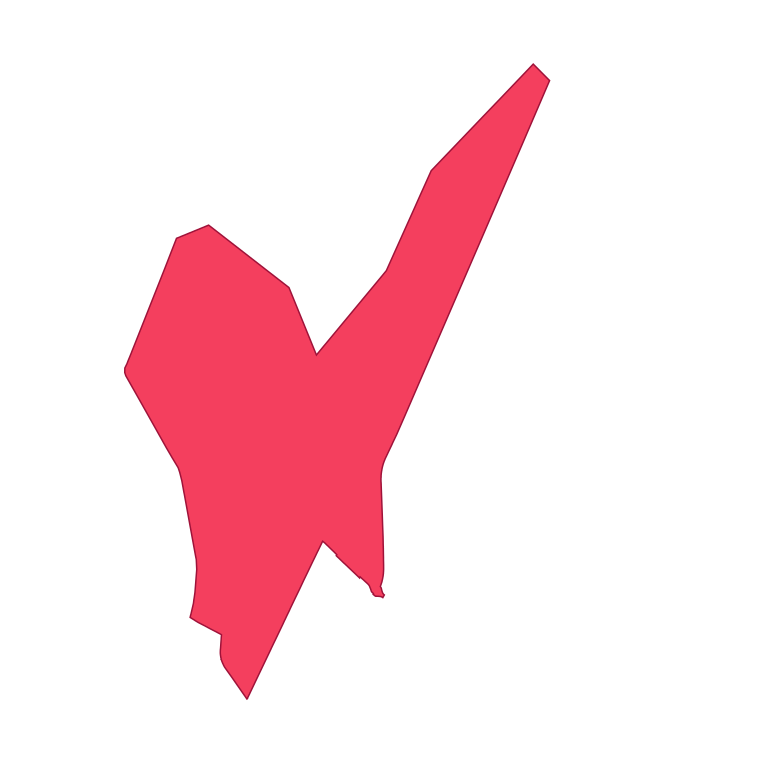 outline of Almere, Flevoland, Netherlands, rotated 68°
{"feature_id": "6326949B15537896627734", "entity_name": "Almere", "entity_type": "district", "adm_level": 2, "iso_a3": "NLD", "parent_name": "Netherlands", "parent_adm1": "Flevoland", "projection": "equal_earth", "projection_center": [5.3, 52.443], "detail": "fine", "context": "isolated", "style": "filled", "palette": "rose", "viewbox_px": 768, "rotation_deg": 68, "n_neighbors": 0, "source": "geoboundaries", "source_scale": "gbopen_adm2", "svg_char_len": 3794}
<svg xmlns="http://www.w3.org/2000/svg" viewBox="0 0 768 768"><g transform="rotate(68 384 384)"><path d="M527.8,651.2L530.7,649.1L530.9,648.9L531.8,648.3L532.0,648.1L532.4,647.9L535.5,645.6L539.8,641.9L546.6,636.2L554.3,629.6L554.7,629.3L554.8,629.2L555.2,628.9L555.4,628.7L555.6,628.6L558.6,630.1L559.9,630.7L561.1,631.3L561.3,631.4L567.7,634.5L569.0,635.2L570.3,635.8L571.7,636.4L572.8,636.8L574.6,637.3L575.9,637.6L576.1,637.7L576.6,637.7L576.8,637.8L577.7,637.9L578.3,638.3L579.0,638.1L580.1,638.2L581.3,638.2L582.8,638.2L583.6,638.1L584.7,638.1L585.6,638.0L586.6,637.9L587.4,637.7L588.4,637.5L597.9,635.2L624.7,629.1L624.4,628.3L624.2,628.2L623.7,627.8L620.6,624.3L620.4,624.2L620.2,623.9L620.0,623.7L606.9,609.4L600.4,602.3L594.0,595.3L587.6,588.3L586.9,587.6L581.7,581.9L581.2,581.3L568.4,567.3L566.3,565.1L564.9,563.5L563.1,561.6L562.4,560.8L562.0,560.4L561.9,560.3L561.8,560.2L561.4,559.7L561.1,559.4L558.6,556.6L557.6,555.6L555.3,553.1L548.9,546.1L542.3,538.8L535.7,531.7L530.1,525.5L522.6,517.3L517.3,511.4L516.9,511.0L515.0,508.9L514.6,508.5L514.3,508.1L514.1,507.9L513.8,507.5L513.6,507.3L511.6,505.1L506.8,499.8L507.2,499.5L508.4,498.9L509.5,498.3L510.7,497.8L512.1,497.2L513.3,496.6L514.5,496.1L516.6,495.2L518.4,494.4L520.8,493.3L523.0,492.4L524.3,491.8L524.5,491.7L525.1,492.4L525.3,492.6L525.9,492.3L526.0,492.3L526.9,491.9L527.0,491.9L527.3,491.7L528.4,491.2L534.3,488.6L534.5,488.5L534.7,488.4L535.2,488.2L535.9,487.8L554.2,479.5L554.7,479.3L554.6,479.2L554.3,478.9L553.9,478.4L555.9,477.4L556.0,477.4L557.2,476.8L557.5,476.6L559.5,475.7L561.6,474.7L563.3,473.9L564.4,473.5L565.5,473.2L566.9,473.2L567.0,473.2L568.8,473.2L570.5,473.3L571.2,473.4L572.0,473.3L572.7,473.1L574.3,472.3L575.0,472.9L576.3,472.1L576.5,472.1L577.0,471.8L577.3,471.5L577.7,471.2L577.9,470.6L578.8,468.6L579.6,467.1L579.8,466.9L579.9,466.6L580.1,466.3L580.5,466.0L581.2,465.3L581.6,465.1L579.7,462.7L578.8,463.2L578.2,463.3L577.6,463.5L577.0,463.5L576.5,463.5L576.0,463.5L574.0,463.3L572.8,463.1L571.9,463.0L571.7,463.0L571.0,463.2L570.4,463.3L570.1,463.0L569.3,462.3L568.6,461.7L567.9,461.1L567.1,460.4L566.8,460.2L566.3,459.8L565.5,459.3L565.2,459.1L565.0,458.9L564.7,458.7L563.8,458.1L563.0,457.6L562.1,457.0L561.2,456.5L560.3,456.0L559.4,455.5L558.5,455.1L557.5,454.6L556.6,454.2L556.0,453.9L555.0,453.5L554.0,453.1L553.0,452.7L552.0,452.3L549.9,451.5L546.2,450.1L545.7,449.9L545.0,449.6L540.0,447.7L536.4,446.3L535.9,446.1L535.0,445.8L534.1,445.4L533.7,445.3L532.8,445.0L532.4,444.8L531.5,444.5L530.0,443.9L525.0,442.0L520.0,440.2L515.0,438.4L503.8,434.3L503.7,434.3L503.2,434.1L478.1,425.0L477.2,424.7L476.7,424.5L476.2,424.3L473.6,423.4L473.2,423.3L472.2,422.9L471.2,422.5L470.2,422.1L469.3,421.6L468.3,421.2L467.4,420.8L466.5,420.3L465.5,419.8L464.7,419.3L463.8,418.8L462.9,418.2L462.0,417.7L461.3,417.2L460.4,416.6L459.6,416.0L458.8,415.4L458.0,414.8L457.2,414.1L456.5,413.5L455.8,412.9L455.0,412.1L454.4,411.5L453.7,410.9L453.1,410.2L449.7,406.5L449.5,406.3L443.1,399.3L442.5,398.7L442.1,398.3L441.9,398.1L435.8,391.4L422.7,378.0L336.6,290.7L286.2,239.6L210.6,163.1L164.7,116.8L143.3,125.8L160.2,163.2L172.8,191.3L194.7,239.9L203.9,260.3L213.5,270.3L222.4,279.6L225.1,282.4L233.3,290.9L279.8,339.4L284.9,348.8L302.2,380.9L324.9,423.0L326.7,426.4L331.8,435.8L259.0,436.0L171.0,487.1L171.2,521.8L195.1,544.3L226.9,574.6L254.7,601.1L259.6,605.8L260.4,606.5L260.5,606.6L261.1,607.2L263.8,609.8L266.3,612.3L268.9,614.7L272.1,618.3L276.3,620.1L279.7,620.3L303.1,617.2L339.5,612.5L361.5,609.7L373.2,608.0L384.5,606.2L389.2,606.5L390.8,606.7L398.0,607.7L410.0,610.2L411.2,610.4L443.6,617.1L447.5,617.9L473.2,623.2L476.4,623.8L485.8,627.1L500.7,634.5L506.5,637.4L511.0,640.0L513.0,641.2L515.9,642.8L525.2,649.3L525.9,649.9L527.8,651.2Z" fill="#f43f5e" stroke="#9f1239" stroke-width="1.5"/></g></svg>